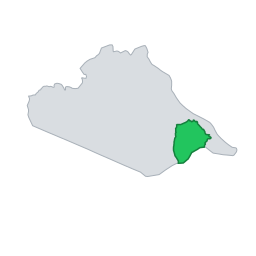 Al-Hasakeh, Hasaka (Al Haksa), Syria shown in context, rotated 54°
{"feature_id": "27442178B13029247631939", "entity_name": "Al-Hasakeh", "entity_type": "district", "adm_level": 2, "iso_a3": "SYR", "parent_name": "Syria", "parent_adm1": "Hasaka (Al Haksa)", "projection": "albers", "projection_center": [40.726, 36.168], "detail": "fine", "context": "in_parent", "style": "filled", "palette": "green", "viewbox_px": 256, "rotation_deg": 54, "n_neighbors": 0, "source": "geoboundaries", "source_scale": "gbopen_adm2", "svg_char_len": 4491}
<svg xmlns="http://www.w3.org/2000/svg" viewBox="0 0 256 256"><g transform="rotate(54 128 128)"><path d="M51.4,92.0L53.3,92.3L57.2,94.9L57.8,94.9L59.2,91.7L60.4,90.7L62.9,89.9L63.8,84.7L65.0,83.8L66.4,83.3L68.6,83.3L70.4,83.1L70.6,82.2L68.2,76.1L68.5,74.6L70.0,68.7L70.9,66.4L71.7,65.6L74.6,66.0L78.6,67.3L79.6,69.0L81.6,70.6L84.6,70.6L88.0,71.1L90.7,71.2L92.9,70.2L97.8,68.4L100.2,67.8L102.5,67.0L109.6,63.9L112.4,64.2L114.3,64.7L115.8,65.2L119.0,67.5L121.7,69.9L123.6,70.6L127.1,70.6L132.0,71.1L138.2,71.2L141.8,70.6L146.3,69.6L154.5,66.9L165.2,61.4L171.5,58.6L174.2,58.3L177.7,58.3L181.3,59.0L185.3,59.5L187.1,59.4L191.4,58.8L197.0,57.6L200.5,56.6L204.8,55.1L207.4,52.5L208.2,52.2L209.3,52.6L209.8,52.8L211.0,54.2L212.2,58.0L212.2,58.4L212.0,59.4L209.2,62.5L205.5,66.8L202.8,69.4L198.3,73.9L194.9,74.9L189.1,76.5L187.6,78.1L186.2,80.6L185.3,84.0L185.1,86.2L185.0,90.2L186.3,94.3L187.7,98.3L187.9,100.9L187.7,103.5L186.5,106.3L185.1,110.1L184.4,114.4L184.0,122.4L184.0,129.2L183.9,130.4L181.5,135.2L178.7,140.8L177.3,142.2L171.1,143.8L164.3,148.0L156.6,152.6L149.6,156.7L142.2,161.0L134.6,165.5L129.1,168.7L121.7,172.9L115.0,176.9L108.1,181.0L102.9,184.1L95.0,188.9L90.3,191.7L83.4,195.9L77.3,199.5L70.1,203.8L61.3,202.1L58.5,201.2L56.3,198.9L54.7,197.7L50.6,196.3L48.1,192.1L46.6,190.5L43.8,189.7L45.2,187.2L45.5,185.5L46.8,183.4L46.1,182.0L45.9,179.1L45.4,178.3L45.2,177.5L45.7,176.6L45.6,175.7L45.1,175.2L45.0,173.7L44.7,172.7L44.9,171.3L45.6,170.5L46.3,168.9L47.0,168.4L48.3,167.5L48.6,166.4L49.7,165.4L51.2,164.6L51.5,163.9L51.3,163.5L50.0,162.7L49.3,161.3L50.0,159.3L50.5,158.7L51.4,157.8L53.4,156.4L54.8,156.2L56.1,156.3L58.3,156.5L59.9,156.9L60.4,156.5L60.3,156.0L58.3,154.7L58.2,153.8L58.8,152.8L60.3,151.2L62.1,150.1L63.0,149.9L65.1,147.6L66.5,145.0L64.7,138.4L63.5,137.3L61.5,136.3L60.4,136.2L60.3,135.7L62.0,134.1L63.1,132.8L62.0,131.3L59.8,130.6L58.9,132.0L56.0,132.0L51.6,131.7L50.0,124.8L49.8,121.8L50.1,118.4L51.7,113.4L51.1,111.0L51.2,109.5L50.9,107.3L47.7,102.5L50.0,94.0L51.4,92.0Z" fill="#d9dde1" stroke="#a8b0b8" stroke-width="1"/><path d="M188.3,77.6L188.1,77.3L187.1,76.3L186.8,75.9L186.7,75.4L186.6,75.0L186.4,74.8L186.2,74.7L185.9,74.7L185.4,74.6L185.3,74.4L185.1,73.7L185.0,72.7L184.9,71.9L184.9,71.7L184.7,71.5L184.6,71.3L184.3,71.1L184.2,71.0L184.1,70.9L183.8,70.4L183.8,69.4L184.0,69.0L184.2,68.8L184.6,68.5L184.7,68.1L184.9,67.8L185.0,67.4L184.8,67.3L184.8,67.2L184.8,66.9L184.7,66.6L184.4,66.5L184.2,66.5L183.9,66.8L183.7,66.9L183.5,67.0L183.1,66.8L183.0,66.7L182.8,66.7L182.6,66.8L182.4,66.9L182.2,67.1L182.1,67.3L181.6,67.2L181.1,66.8L181.0,66.5L180.7,66.9L179.6,68.2L178.7,68.8L176.9,68.5L176.6,68.3L175.9,67.9L175.1,67.9L174.5,67.9L173.9,67.7L173.5,67.7L173.4,68.0L173.2,68.2L172.9,68.4L172.9,68.5L172.5,68.6L171.1,68.5L169.5,68.8L167.6,68.9L166.3,69.2L165.4,69.2L165.1,69.0L164.5,68.6L164.0,68.4L163.5,68.4L163.4,68.4L163.1,68.5L163.0,68.8L163.1,69.2L163.0,69.4L162.6,69.6L162.1,69.7L161.9,69.8L161.4,70.0L160.9,69.9L160.3,70.1L160.1,70.5L160.3,70.8L160.7,71.5L160.7,71.8L160.4,72.5L160.2,72.9L159.7,72.9L159.4,73.0L158.9,73.4L158.6,73.7L158.5,73.8L158.2,73.6L157.7,73.6L157.1,74.0L157.0,74.3L157.3,74.9L157.4,75.7L157.5,76.8L157.5,77.0L157.4,77.4L157.3,78.6L157.1,79.1L157.0,79.7L156.9,80.0L156.2,83.4L155.8,83.9L155.7,84.0L154.4,85.8L154.3,86.0L154.1,86.2L154.2,86.5L154.1,86.8L154.5,87.0L154.8,87.3L155.3,87.7L155.6,87.9L155.9,88.2L156.1,88.7L156.2,89.1L156.4,89.7L156.6,89.9L157.0,90.1L157.5,90.4L157.8,90.6L158.0,90.8L158.6,91.3L158.9,91.5L159.2,91.6L159.7,91.6L159.8,91.7L159.9,92.3L160.1,92.6L160.4,92.9L160.6,93.0L161.0,93.3L161.7,93.7L161.9,93.9L162.5,94.1L163.0,94.3L163.3,94.8L163.4,95.1L163.5,95.4L163.6,95.6L163.7,96.0L164.0,96.3L164.3,96.7L164.5,96.9L165.1,97.5L165.3,97.7L165.8,98.2L166.0,98.5L166.4,99.0L166.5,99.0L167.0,99.3L167.3,99.5L167.5,99.7L167.7,99.9L168.0,100.2L168.3,100.5L169.3,101.3L169.7,101.9L169.8,102.0L170.1,102.2L170.4,102.5L171.2,103.2L171.5,103.3L171.9,103.5L172.1,103.7L172.2,103.9L172.5,104.1L173.1,104.4L173.8,104.6L174.1,104.7L175.4,105.2L176.5,105.6L177.1,105.9L178.2,106.3L179.2,106.3L179.5,106.3L180.7,106.3L181.6,106.4L182.6,106.5L184.1,106.6L185.9,107.8L186.1,108.0L187.5,105.9L188.8,103.8L188.7,102.3L188.4,98.5L188.4,98.2L188.4,97.5L188.0,96.7L187.2,94.8L185.5,91.3L185.4,91.0L185.3,90.7L185.4,90.1L185.4,89.9L185.5,89.6L185.7,87.5L186.0,85.1L186.1,84.3L186.1,83.7L186.1,82.7L186.1,81.9L186.1,81.7L186.1,81.4L186.6,80.7L186.9,80.0L188.3,77.6Z" fill="#22c55e" stroke="#15803d" stroke-width="1.5"/></g></svg>